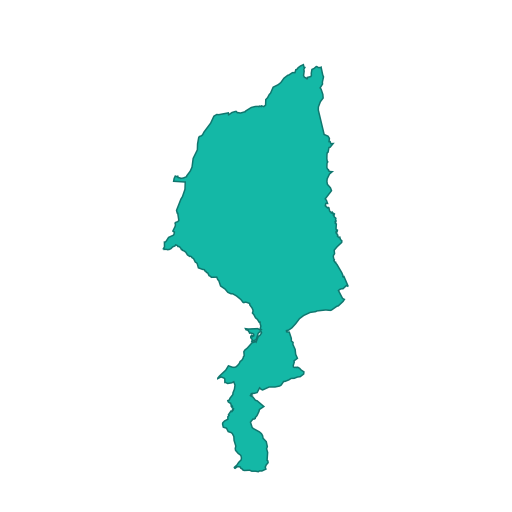 Jichisu De Jos, Cluj, Romania (Natural Earth projection), rotated 298°
{"feature_id": "2599482B10941499312276", "entity_name": "Jichisu De Jos", "entity_type": "district", "adm_level": 2, "iso_a3": "ROU", "parent_name": "Romania", "parent_adm1": "Cluj", "projection": "natural_earth1", "projection_center": [23.756, 47.117], "detail": "fine", "context": "isolated", "style": "filled", "palette": "teal", "viewbox_px": 512, "rotation_deg": 298, "n_neighbors": 0, "source": "geoboundaries", "source_scale": "gbopen_adm2", "svg_char_len": 6123}
<svg xmlns="http://www.w3.org/2000/svg" viewBox="0 0 512 512"><g transform="rotate(298 256 256)"><path d="M259.2,354.4L259.1,353.0L259.4,352.0L264.2,345.0L266.1,345.8L267.6,347.3L267.8,348.1L272.3,349.7L272.4,351.2L272.8,351.2L279.1,343.4L278.4,343.0L278.6,342.3L279.6,341.9L281.5,339.6L286.5,331.5L287.4,329.2L288.0,329.9L287.7,328.8L288.4,326.9L289.4,327.0L290.1,325.9L291.8,324.5L293.1,324.1L294.9,324.3L297.8,322.3L302.4,323.3L308.2,325.3L309.7,324.7L310.2,322.9L312.0,321.1L311.3,320.6L311.7,318.7L312.8,318.5L313.0,317.6L313.8,316.8L314.0,315.8L315.0,315.4L315.4,316.2L316.6,315.9L316.2,315.3L317.1,315.3L317.3,314.0L322.0,311.9L322.1,310.7L323.6,310.4L323.5,309.9L324.6,310.2L325.2,309.3L326.8,308.8L327.3,306.6L328.3,306.0L328.3,305.2L329.1,304.9L329.7,305.6L330.0,305.5L330.1,304.3L329.6,304.0L330.3,303.0L329.6,303.0L329.3,302.3L330.1,301.5L329.9,300.6L330.4,299.8L332.8,297.7L332.8,296.9L332.5,296.5L332.2,297.0L332.0,296.6L332.6,294.4L333.0,294.1L332.9,293.6L335.2,292.9L336.0,294.5L338.1,292.2L339.0,290.3L349.1,292.0L351.1,289.8L352.8,285.4L355.1,283.6L357.6,282.6L362.9,282.4L366.2,283.7L365.4,281.9L365.3,280.1L366.2,279.5L366.3,278.4L367.4,277.0L371.3,275.1L372.8,275.2L373.0,274.5L375.1,272.9L378.9,271.0L380.6,270.4L381.5,270.9L386.0,269.5L386.9,270.4L391.5,271.3L390.3,269.3L391.8,267.7L391.3,266.8L394.3,265.6L395.6,263.4L395.3,259.1L414.1,242.5L416.9,241.1L422.4,240.4L427.0,241.1L430.0,239.2L433.9,235.1L434.5,233.7L439.1,234.0L440.6,233.0L445.9,231.5L447.1,230.0L453.3,224.8L452.6,224.4L451.6,222.4L451.8,220.9L451.6,220.3L448.8,219.2L447.0,217.8L443.3,219.0L441.5,220.1L440.1,220.1L437.8,217.5L436.7,218.1L436.3,217.4L436.7,216.0L436.5,214.9L437.6,213.3L441.9,211.7L443.2,210.6L445.4,210.6L445.2,209.8L447.2,208.0L444.7,206.1L442.0,204.8L440.0,204.5L439.2,203.7L436.2,204.3L435.0,202.1L431.0,199.9L430.5,199.2L426.1,197.2L420.7,196.5L417.6,195.1L413.1,191.9L406.5,192.4L404.9,191.9L401.1,191.9L398.7,191.2L393.8,193.6L391.6,192.8L391.1,190.3L390.4,190.4L390.0,188.7L389.2,188.5L389.2,187.8L387.7,185.2L384.9,182.1L379.0,178.7L378.4,178.8L374.7,174.9L374.5,173.6L373.7,172.2L374.4,170.9L374.0,170.0L371.4,167.4L368.0,165.7L367.8,165.5L369.4,164.4L363.3,156.8L362.5,154.9L359.7,153.2L352.0,153.6L341.2,151.9L338.0,151.9L336.5,151.4L334.9,149.9L333.7,149.8L327.5,151.8L322.2,154.4L312.7,154.7L304.4,157.8L300.0,158.1L294.3,157.2L293.5,157.5L290.7,155.2L289.1,153.0L289.3,152.4L288.7,150.4L290.2,149.1L289.0,149.6L288.7,147.2L286.1,147.3L283.3,148.2L288.1,158.8L281.5,162.0L273.8,163.2L271.1,163.0L259.0,164.4L256.9,166.3L257.1,166.7L256.8,167.0L251.1,171.2L249.5,170.7L247.8,169.2L247.0,169.1L246.4,169.8L244.5,170.7L239.0,170.9L238.8,171.2L238.9,172.7L236.7,173.4L235.6,173.3L231.4,170.1L226.7,169.7L225.6,169.3L225.3,168.6L221.1,170.9L219.0,170.8L219.2,171.6L218.7,171.8L219.8,173.7L220.1,175.1L221.2,176.5L222.7,177.5L224.9,178.1L226.8,179.7L228.2,179.9L228.3,181.8L227.7,182.6L228.3,184.0L227.5,186.0L226.6,187.2L227.0,187.9L226.5,188.5L226.7,190.1L226.4,192.2L224.8,194.9L224.5,197.7L225.0,198.3L225.1,199.3L224.5,200.2L224.4,202.1L222.1,205.3L222.1,206.7L221.6,207.7L218.5,210.7L219.1,215.2L219.7,216.9L218.8,217.9L218.9,219.2L218.2,219.9L218.4,221.3L216.6,223.8L216.7,225.5L216.2,226.5L218.9,231.3L217.2,233.3L216.7,234.8L212.9,238.8L212.3,244.2L210.7,248.2L210.9,251.6L211.7,253.1L211.6,257.4L210.5,263.0L209.0,266.3L209.1,267.2L210.2,268.1L210.7,269.6L211.1,272.7L209.9,273.5L208.2,277.0L206.9,278.6L205.9,279.3L204.0,279.6L203.3,281.5L201.2,284.6L200.7,287.0L199.0,289.9L199.5,290.7L198.3,291.3L196.4,293.2L193.8,293.9L193.5,295.3L192.6,294.9L192.7,291.6L187.9,283.5L186.9,280.8L186.2,281.8L186.7,284.2L185.7,285.0L185.7,286.2L184.9,286.6L185.7,287.8L185.7,289.1L186.1,289.5L185.8,290.8L184.5,291.5L183.9,290.9L183.9,290.1L183.2,290.8L182.9,290.6L183.2,289.3L182.7,289.1L181.4,289.7L180.4,292.0L178.8,292.3L181.7,295.1L183.3,295.3L188.7,294.2L190.7,294.9L191.5,296.2L190.8,297.0L188.0,296.8L185.9,295.8L180.0,296.5L180.2,295.9L179.7,295.0L179.1,294.9L178.5,294.3L178.6,293.9L177.4,293.2L170.7,291.6L167.7,290.3L165.8,290.2L162.4,292.4L161.1,292.2L159.6,292.6L157.3,292.4L155.4,291.5L153.3,291.7L150.6,291.1L148.4,290.2L147.3,288.8L146.7,287.3L146.1,283.2L141.1,282.9L132.8,280.1L130.2,279.6L129.8,279.8L132.8,281.9L133.2,284.9L132.9,286.1L129.7,287.9L130.1,288.6L130.1,290.8L132.7,294.2L134.5,295.4L132.1,298.1L128.2,299.5L124.4,299.9L122.8,300.6L118.3,299.8L116.3,300.0L115.1,299.0L114.2,299.9L113.9,301.8L114.2,302.6L113.0,303.8L112.2,305.7L111.9,305.6L112.4,304.4L111.9,304.4L110.7,306.6L110.7,307.8L109.4,308.2L108.3,307.9L109.9,307.3L107.6,307.8L107.4,306.7L103.0,306.2L102.6,307.0L100.8,306.6L98.7,307.8L95.6,305.7L93.2,305.0L92.0,305.3L89.5,307.5L90.1,310.8L87.9,313.9L88.4,316.8L88.2,318.3L86.2,321.2L82.9,323.2L78.7,327.4L76.2,328.1L74.8,329.2L73.3,333.0L73.0,335.6L72.4,336.7L70.8,338.0L69.0,338.6L65.7,337.6L62.5,337.3L59.2,336.1L58.7,336.7L58.7,337.2L61.0,338.3L61.7,339.3L62.3,341.1L61.4,342.4L61.5,343.6L60.9,344.8L61.1,346.3L63.9,351.0L64.0,353.3L65.8,356.7L66.6,359.3L67.9,360.0L68.9,362.1L72.5,364.8L73.9,363.3L76.3,363.1L79.2,363.7L80.7,362.6L80.8,361.7L88.0,358.5L90.8,355.8L93.0,355.5L96.9,352.2L98.4,347.8L100.5,346.1L101.7,344.2L102.3,341.6L102.4,334.6L102.8,333.1L106.7,329.1L110.7,329.9L111.0,330.8L112.2,331.6L112.9,331.2L115.5,331.8L120.1,331.6L122.1,331.1L126.8,333.6L128.7,324.9L128.3,323.3L130.0,319.5L130.1,316.6L131.2,316.6L131.6,317.7L132.4,316.6L133.3,317.7L133.6,318.6L136.0,321.1L141.3,321.1L140.7,323.0L140.8,324.7L146.5,329.1L149.2,334.2L152.3,337.9L153.8,338.8L158.2,339.3L158.9,340.5L162.1,343.2L164.4,344.5L165.9,347.1L168.7,349.5L170.2,351.7L174.2,353.5L176.2,352.7L176.5,349.4L177.3,347.2L177.4,345.0L176.6,344.5L176.7,343.8L175.6,342.2L175.6,341.1L176.8,340.3L180.2,339.6L181.2,338.8L185.1,340.6L187.8,337.2L191.9,334.4L195.3,330.0L197.1,329.3L197.5,327.2L199.9,325.8L204.4,321.1L203.4,318.6L204.4,317.9L205.9,319.6L209.4,321.4L214.8,322.8L221.1,323.8L226.0,326.1L231.7,330.4L234.9,334.8L236.1,335.6L241.1,342.9L242.9,347.2L243.7,348.0L249.6,351.0L250.6,352.1L256.8,354.2L259.2,354.4Z" fill="#14b8a6" stroke="#0f766e" stroke-width="1.5"/></g></svg>